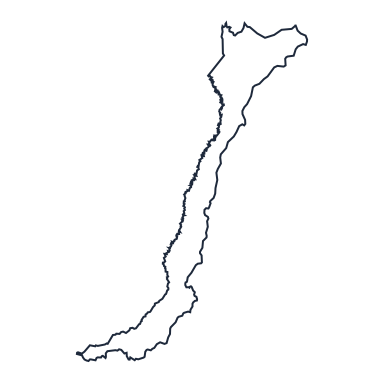 outline of Benjamin Constant, Amazonas, Brazil
{"feature_id": "56859067B4861181831947", "entity_name": "Benjamin Constant", "entity_type": "district", "adm_level": 2, "iso_a3": "BRA", "parent_name": "Brazil", "parent_adm1": "Amazonas", "projection": "robinson", "projection_center": [-70.409, -5.498], "detail": "fine", "context": "isolated", "style": "outline", "palette": "slate", "viewbox_px": 384, "rotation_deg": 0, "n_neighbors": 0, "source": "geoboundaries", "source_scale": "gbopen_adm2", "svg_char_len": 6005}
<svg xmlns="http://www.w3.org/2000/svg" viewBox="0 0 384 384"><path d="M178.9,230.9L178.8,231.5L179.6,232.4L178.7,233.4L178.9,234.0L178.1,234.0L178.2,233.5L177.3,233.7L176.3,235.3L176.5,236.5L177.2,236.4L176.8,238.8L174.6,239.8L174.4,241.0L173.8,241.1L173.4,242.3L172.1,241.8L172.6,243.1L171.3,242.9L170.9,243.9L171.4,243.9L171.6,244.8L170.9,246.5L170.4,246.6L169.9,248.1L169.1,248.0L169.8,248.6L169.3,249.2L169.7,250.6L169.1,251.7L168.0,251.2L168.2,252.2L166.2,253.3L166.6,254.1L164.5,253.9L165.7,256.5L163.9,257.9L165.2,261.4L164.1,262.4L162.9,262.6L162.8,263.8L163.6,264.2L164.1,266.2L165.3,266.7L165.0,268.1L165.5,268.4L165.6,271.6L167.4,272.0L167.3,274.9L168.1,276.5L166.9,277.2L167.3,278.0L166.9,278.9L169.1,282.3L168.0,283.5L167.3,286.5L168.4,288.1L168.3,289.6L167.2,290.4L166.1,293.9L165.1,294.5L162.4,298.8L159.3,300.8L158.7,302.1L154.9,303.6L154.7,305.5L153.1,307.0L150.5,311.4L149.9,312.0L147.7,312.4L147.1,313.5L145.6,314.5L145.5,316.4L143.6,316.8L141.6,319.9L141.8,321.0L140.9,321.5L140.1,323.9L139.1,324.2L136.0,328.3L134.2,328.8L132.6,327.8L130.2,328.2L129.4,330.3L126.0,333.0L123.1,331.6L121.1,332.1L119.6,333.9L116.3,333.7L115.5,334.7L112.9,335.0L107.7,343.8L106.8,343.4L104.9,344.5L97.8,345.9L95.8,345.4L95.2,346.3L89.9,345.3L84.4,351.7L81.9,353.6L78.0,352.3L77.1,352.7L76.9,354.0L82.1,355.4L83.0,357.5L84.5,359.5L86.5,360.5L88.5,361.0L89.9,359.4L90.9,359.4L95.5,360.3L96.6,357.9L97.6,357.4L101.0,357.5L101.8,356.2L102.8,355.8L105.5,358.0L105.9,357.0L105.8,353.3L107.4,351.2L115.4,350.2L117.5,350.6L119.1,349.3L121.3,349.9L124.4,353.5L126.6,352.8L126.8,356.2L128.6,359.5L129.6,359.6L130.3,357.4L134.7,360.2L135.9,358.8L138.3,359.3L143.6,357.6L144.6,356.8L145.3,351.7L146.6,349.9L147.7,349.5L150.8,350.3L152.4,348.8L154.3,347.9L156.8,344.2L160.1,342.3L164.5,343.9L166.6,343.1L168.2,337.4L170.0,334.0L170.2,328.6L170.9,327.1L175.6,322.3L177.6,317.7L178.6,316.8L182.3,315.7L183.2,313.5L184.1,312.8L188.1,311.6L190.2,312.2L190.5,309.7L192.5,306.5L192.5,303.7L193.2,302.4L194.9,300.9L196.9,300.5L197.1,299.2L196.4,296.8L194.6,295.9L194.1,294.6L194.8,292.2L193.1,290.5L191.7,287.0L190.9,286.3L189.8,286.8L189.4,287.7L188.6,287.2L186.4,287.3L185.3,285.1L185.3,283.4L185.6,282.4L186.7,282.0L187.1,281.0L187.7,277.3L191.4,272.8L195.8,265.2L197.8,263.7L201.1,263.3L201.9,262.4L201.6,255.4L200.0,253.2L200.0,251.8L202.4,247.8L203.0,241.0L206.5,237.5L206.7,235.9L206.0,232.8L207.8,226.8L207.1,221.2L208.4,218.6L207.9,216.9L205.1,215.1L204.3,213.0L204.5,209.8L206.1,208.2L208.4,208.5L209.0,207.6L210.6,203.2L209.9,202.1L210.4,200.9L213.6,198.0L215.2,193.6L215.5,188.1L217.3,180.0L216.4,172.7L217.8,169.0L220.9,163.5L220.2,157.5L220.8,154.3L226.2,148.1L227.9,142.1L233.8,136.5L236.5,132.0L239.2,126.1L242.3,124.3L244.2,125.4L245.3,123.9L245.1,119.9L242.5,114.1L242.4,111.0L244.3,107.2L247.1,104.1L251.1,96.1L252.9,87.3L254.8,85.6L259.4,83.8L263.9,79.1L267.6,76.4L274.2,67.4L277.4,65.9L283.7,66.6L285.6,65.4L285.2,58.8L286.2,57.3L287.6,56.5L293.7,55.7L295.7,49.3L297.8,46.6L303.1,44.1L305.8,44.9L307.0,41.5L307.1,39.5L305.6,35.6L300.7,33.5L297.6,30.6L295.4,24.8L295.3,25.8L291.7,28.9L281.6,29.8L274.2,34.9L265.0,37.8L257.2,33.4L249.8,27.1L247.4,26.8L244.6,23.3L243.5,28.0L241.4,31.7L237.7,32.9L235.1,35.5L233.8,35.1L233.0,32.7L229.5,31.3L229.3,29.1L230.5,27.5L229.2,26.8L227.3,27.4L226.6,26.3L226.1,23.0L225.4,24.0L225.5,25.6L224.6,26.6L223.5,27.1L222.5,26.1L222.1,27.9L222.6,31.8L221.5,36.8L222.6,39.1L222.9,53.5L224.1,55.5L208.1,75.7L208.7,76.4L209.9,75.9L210.4,76.9L211.8,77.4L209.8,79.3L210.6,80.1L211.0,78.9L212.6,79.9L212.7,80.4L211.6,80.7L211.7,82.6L212.1,82.7L212.3,81.5L213.5,81.9L212.7,83.7L212.6,85.0L213.5,87.0L214.1,87.3L214.4,86.6L215.6,87.1L214.9,87.9L215.9,89.0L215.1,90.0L215.0,91.3L215.4,91.7L216.1,90.1L217.6,90.5L217.5,92.3L218.7,91.8L219.4,93.5L218.6,93.4L218.6,94.5L221.3,95.2L220.2,96.8L221.2,97.8L222.4,97.5L221.1,98.5L221.2,99.1L222.2,98.7L222.4,99.1L222.4,100.8L221.6,101.0L222.0,101.8L220.6,101.8L220.3,102.4L221.6,103.0L222.3,104.4L223.7,104.3L223.9,105.1L221.8,106.7L222.1,107.9L221.7,108.7L221.2,107.1L221.0,108.3L219.6,109.7L219.2,111.6L220.2,112.8L219.8,113.6L220.3,115.7L221.0,115.8L221.1,114.8L221.7,114.7L221.2,117.1L220.1,118.4L220.8,120.2L220.3,122.1L220.7,124.0L219.5,124.6L219.2,124.3L219.8,123.6L218.6,123.5L218.0,125.2L219.0,125.6L218.8,127.6L217.4,128.5L218.7,129.8L217.7,130.3L217.7,131.9L218.1,131.8L218.0,130.9L219.4,131.8L219.3,132.4L216.9,135.5L214.8,135.5L215.8,136.8L215.5,137.5L214.6,136.4L214.0,136.5L214.1,138.6L215.1,139.2L215.1,140.0L214.1,140.5L213.4,139.4L212.3,139.5L212.2,140.1L211.4,139.8L210.0,141.7L209.1,141.7L209.5,142.2L208.9,143.3L210.3,145.3L210.0,145.7L209.2,144.7L207.9,144.6L208.9,146.2L208.2,147.3L206.4,148.3L206.8,149.5L206.4,150.8L205.8,150.6L206.3,149.0L205.8,149.0L204.9,149.7L205.4,150.5L204.2,151.1L204.4,152.5L202.8,152.8L202.7,153.3L203.7,153.9L202.8,154.3L203.5,154.5L203.9,156.1L201.7,156.0L202.3,158.0L199.4,160.0L200.4,161.2L199.2,162.3L198.6,166.1L197.8,165.9L197.3,166.9L198.3,167.2L198.8,169.3L197.1,170.4L196.5,173.7L194.8,173.6L194.7,174.2L196.0,174.8L196.4,175.8L194.4,175.4L194.9,176.2L194.4,177.2L195.2,179.1L193.8,178.8L194.4,179.9L194.1,180.2L192.7,179.9L192.1,180.1L192.8,181.4L191.9,180.8L191.1,181.3L190.6,183.0L192.3,182.4L192.3,182.9L192.2,183.9L191.2,183.5L191.4,185.1L190.3,185.5L191.1,185.8L191.1,187.2L189.8,188.0L189.0,190.7L187.4,190.1L187.4,191.2L185.5,191.9L185.3,192.6L186.5,193.2L185.3,193.1L184.2,194.5L184.7,194.8L184.6,195.9L185.4,198.1L184.6,200.3L184.8,201.3L183.8,201.4L183.7,203.7L184.5,204.1L183.4,205.9L184.2,206.2L184.9,207.5L184.2,208.4L184.9,210.0L183.7,211.1L184.3,213.2L183.1,214.3L184.4,215.2L183.1,215.3L183.2,216.7L182.4,217.4L183.1,218.6L182.1,219.1L182.8,219.5L182.3,220.4L182.9,220.8L182.7,221.2L182.1,220.8L181.9,221.8L180.0,223.7L181.1,225.0L180.6,226.2L181.2,226.8L179.1,230.2L179.8,231.4L178.9,230.9ZM215.4,91.7L216.3,92.4L216.8,92.1L216.9,91.1L215.4,91.7ZM221.6,101.0L221.5,99.8L220.4,99.8L220.5,100.3L221.6,101.0Z" fill="none" stroke="#1e293b" stroke-width="2"/></svg>